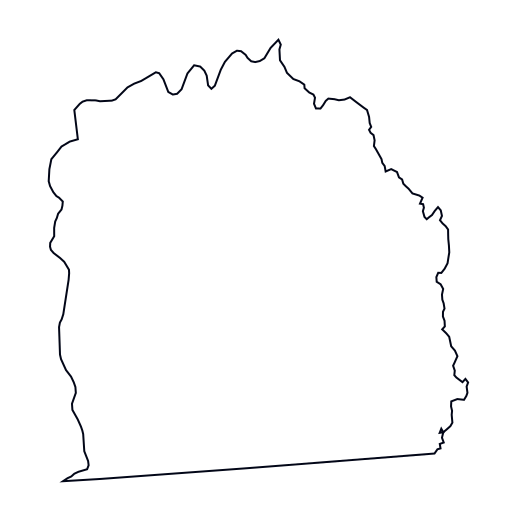 outline of Colorado do Oeste, Rondônia, Brazil, rotated 357°
{"feature_id": "56859067B47546071295151", "entity_name": "Colorado do Oeste", "entity_type": "district", "adm_level": 2, "iso_a3": "BRA", "parent_name": "Brazil", "parent_adm1": "Rondônia", "projection": "robinson", "projection_center": [-60.514, -13.137], "detail": "fine", "context": "isolated", "style": "outline", "palette": "ink", "viewbox_px": 512, "rotation_deg": 357, "n_neighbors": 0, "source": "geoboundaries", "source_scale": "gbopen_adm2", "svg_char_len": 2709}
<svg xmlns="http://www.w3.org/2000/svg" viewBox="0 0 512 512"><g transform="rotate(357 256 256)"><path d="M423.9,462.6L427.1,458.5L430.2,457.8L429.7,453.3L433.7,452.1L432.2,447.2L433.8,441.8L437.3,439.2L441.2,436.1L443.4,432.7L443.1,424.8L443.7,420.9L442.9,416.4L443.4,411.4L449.6,409.4L456.2,410.5L458.7,406.8L460.0,403.7L459.5,397.4L461.2,393.4L458.7,389.7L455.6,392.8L449.7,387.8L447.8,385.4L448.5,380.9L447.1,375.9L448.7,372.9L451.9,366.6L449.7,360.9L446.2,356.4L444.7,346.8L442.0,343.2L438.1,339.0L440.9,336.2L440.9,330.6L439.5,326.2L439.8,321.5L441.5,318.4L440.9,313.0L439.8,309.4L439.7,304.3L441.2,298.7L438.9,293.9L435.1,291.2L435.0,286.5L437.1,282.3L440.2,282.6L443.7,278.6L446.9,273.3L448.2,267.1L449.2,262.5L449.2,255.6L448.9,249.3L449.0,245.1L449.2,239.6L447.0,236.2L444.0,233.2L441.6,229.9L443.8,225.7L442.9,220.1L440.3,216.7L436.9,220.3L433.9,224.3L430.8,226.4L428.4,228.2L426.3,225.8L425.0,220.0L426.2,216.5L425.6,213.0L422.5,212.3L425.4,206.5L422.3,204.2L415.5,201.7L411.9,196.8L409.2,194.1L406.9,191.5L405.9,187.2L402.9,185.0L401.2,179.5L395.5,176.3L389.9,178.4L389.2,172.9L387.0,169.6L386.4,165.8L381.2,155.3L379.5,152.4L380.5,146.7L379.7,141.4L376.9,139.0L375.5,135.9L377.8,133.1L376.5,129.2L376.2,123.0L374.5,116.0L371.3,113.5L363.9,107.3L358.2,102.4L352.6,104.4L346.9,104.8L342.5,103.5L336.5,102.6L333.8,104.7L330.9,108.9L328.1,112.1L323.6,111.8L321.9,107.0L323.2,101.0L321.8,97.8L317.7,95.5L313.3,91.0L313.2,87.4L308.5,83.8L302.5,81.2L296.5,74.7L294.3,68.6L290.2,61.8L290.2,50.9L291.8,46.2L289.7,41.2L281.5,48.9L274.7,59.0L270.0,61.5L265.4,62.3L261.4,61.3L257.9,57.7L256.2,54.6L251.8,50.7L247.7,50.0L242.7,52.5L235.1,60.5L230.6,68.1L223.8,83.8L220.2,86.7L217.1,83.1L216.2,73.3L214.1,68.2L210.2,63.9L204.2,62.3L197.1,70.1L190.4,85.6L185.7,89.9L181.4,90.4L177.0,87.6L172.8,74.7L168.9,68.4L165.6,67.3L150.5,75.2L143.4,77.5L136.5,80.9L131.1,85.8L124.0,92.2L120.2,93.3L108.3,93.3L104.1,92.2L95.2,91.6L90.9,92.8L88.0,94.8L82.2,100.7L84.2,130.1L76.0,132.0L67.5,136.5L63.0,141.7L56.7,148.6L54.2,158.5L52.9,170.5L54.0,175.4L56.9,181.6L59.8,185.7L62.4,187.5L65.9,191.5L65.3,195.7L64.2,199.4L60.6,203.4L59.1,207.6L57.3,211.0L55.9,217.4L55.5,225.7L51.2,232.1L50.8,235.9L51.5,239.1L54.1,242.5L60.2,247.7L64.2,251.8L68.5,259.9L68.5,263.5L67.6,270.1L60.5,304.1L58.6,309.1L56.7,312.2L55.6,316.7L55.3,333.5L55.1,344.2L55.9,348.8L60.3,360.0L65.0,366.8L67.4,372.6L68.8,377.4L68.9,383.3L64.5,393.9L64.6,400.1L69.4,409.8L72.3,417.3L73.4,421.1L74.1,424.8L74.3,442.0L77.6,451.9L77.9,456.2L76.2,460.1L67.4,462.2L63.2,463.9L60.0,466.5L56.2,468.0L51.5,470.8L89.4,470.5L233.9,467.5L270.3,466.6L423.9,462.6ZM433.8,441.8L430.2,442.2L432.0,438.2L433.8,441.8Z" fill="none" stroke="#020617" stroke-width="2"/></g></svg>